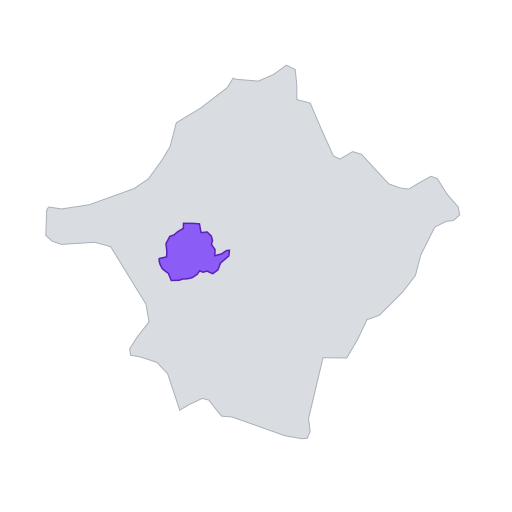 where Suva Reka sits in Kosovo, rotated 84°
{"feature_id": "KOS-5910", "entity_name": "Suva Reka", "entity_type": "District", "adm_level": 1, "iso_a3": "XKX", "parent_name": "Kosovo", "parent_adm1": "", "projection": "mercator", "projection_center": [20.856, 42.352], "detail": "fine", "context": "in_parent", "style": "filled", "palette": "violet", "viewbox_px": 512, "rotation_deg": 84, "n_neighbors": 0, "source": "natural_earth", "source_scale": "10m", "svg_char_len": 1579}
<svg xmlns="http://www.w3.org/2000/svg" viewBox="0 0 512 512"><g transform="rotate(84 256 256)"><path d="M137.6,177.5L164.5,168.6L168.4,162.4L162.3,148.9L165.9,140.5L198.1,116.5L203.4,105.6L205.4,97.0L201.1,87.9L195.0,73.7L197.9,67.7L214.7,59.4L228.3,49.8L236.4,49.1L241.4,56.0L241.4,63.1L245.9,75.1L255.9,81.6L272.6,92.2L291.9,99.4L307.1,113.8L327.8,139.5L330.9,152.3L349.5,163.6L366.9,176.4L364.2,200.0L423.0,220.7L436.3,220.5L442.6,224.1L442.5,229.5L437.8,246.0L413.6,296.6L411.6,307.1L394.3,318.1L392.0,324.4L396.9,338.3L401.4,348.1L401.0,348.0L363.9,356.2L351.4,365.7L344.0,382.4L341.6,391.1L335.1,391.3L324.2,382.7L310.4,369.3L292.5,370.4L231.5,399.6L225.5,415.0L224.1,448.2L220.0,457.2L213.5,462.9L188.3,459.3L185.6,457.1L188.9,444.4L187.6,416.5L176.2,370.3L168.1,355.1L151.4,340.0L138.4,330.1L115.1,321.3L103.2,295.8L85.4,266.8L76.8,260.2L78.2,257.3L82.3,235.4L77.2,219.4L69.4,205.8L74.7,197.5L91.1,197.6L104.7,199.1L109.6,186.1L137.6,177.5Z" fill="#d9dde1" stroke="#a8b0b8" stroke-width="1"/><path d="M215.9,324.7L217.0,314.9L218.1,308.9L227.0,308.2L227.0,302.1L231.4,298.4L235.9,297.6L239.8,299.1L245.3,296.1L251.4,296.9L250.3,290.1L247.5,284.8L247.5,281.8L253.0,283.0L256.4,287.8L259.4,292.1L265.8,295.3L269.1,300.9L265.9,306.3L266.6,310.4L264.8,313.6L268.1,316.4L270.9,321.8L271.5,326.5L271.2,331.0L272.1,335.1L271.8,338.8L271.5,342.8L264.1,345.0L261.3,348.1L258.9,350.5L254.6,352.2L250.9,352.9L248.4,352.5L247.5,345.0L242.0,344.2L234.2,344.2L227.5,339.7L226.4,335.2L223.7,331.4L220.9,325.4L215.9,324.7Z" fill="#8b5cf6" stroke="#5b21b6" stroke-width="1.5"/></g></svg>